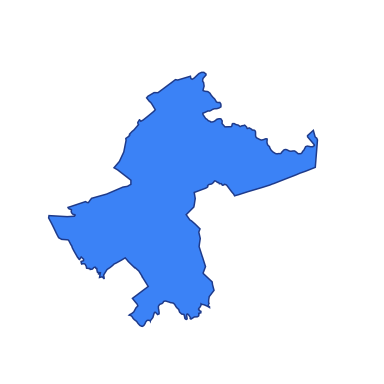 the district of San Juan Cacahuatepec, Oaxaca, Mexico, rotated 53°
{"feature_id": "50627088B64633222678632", "entity_name": "San Juan Cacahuatepec", "entity_type": "district", "adm_level": 2, "iso_a3": "MEX", "parent_name": "Mexico", "parent_adm1": "Oaxaca", "projection": "robinson", "projection_center": [-98.147, 16.655], "detail": "fine", "context": "isolated", "style": "filled", "palette": "blue", "viewbox_px": 384, "rotation_deg": 53, "n_neighbors": 0, "source": "geoboundaries", "source_scale": "gbopen_adm2", "svg_char_len": 6048}
<svg xmlns="http://www.w3.org/2000/svg" viewBox="0 0 384 384"><g transform="rotate(53 192 192)"><path d="M135.6,282.8L129.7,300.3L130.7,300.5L131.5,300.3L132.1,299.9L132.8,299.3L133.7,299.0L134.2,299.5L135.0,300.3L135.9,300.6L137.0,300.7L138.4,300.4L139.5,299.3L140.1,299.2L140.4,299.8L140.6,300.5L136.6,306.5L124.8,320.4L126.4,322.1L132.2,323.0L137.6,324.0L143.4,325.2L145.7,325.6L148.3,326.0L151.4,324.6L155.5,319.9L156.2,319.7L157.0,319.7L161.0,320.4L161.9,320.5L162.2,320.4L162.7,320.5L164.6,321.2L168.2,321.8L175.3,322.7L175.6,322.8L176.0,322.5L177.7,322.7L178.7,322.4L178.2,322.4L177.2,319.6L180.4,319.0L181.6,320.0L180.7,322.4L181.3,322.6L181.8,323.1L183.2,323.5L183.3,323.4L183.3,322.7L184.7,321.0L185.5,320.9L186.2,320.9L186.8,321.1L187.9,321.2L189.2,322.0L189.5,322.0L190.6,320.8L191.2,320.4L191.5,319.7L191.9,319.7L192.6,319.9L193.6,318.0L193.5,317.2L193.3,316.3L193.3,315.7L193.7,314.6L194.2,314.4L195.0,314.7L195.4,314.6L195.8,314.1L197.7,315.2L199.2,315.8L199.8,315.2L201.2,316.0L202.0,314.9L200.9,314.2L201.3,313.7L204.6,317.3L205.1,316.1L205.2,315.7L205.9,314.7L206.9,314.6L208.1,314.4L208.1,314.1L205.1,312.5L202.9,306.8L202.8,306.2L203.0,302.8L202.9,299.7L202.6,297.3L203.0,295.9L203.9,289.7L204.4,285.0L208.6,284.7L208.8,284.8L217.9,283.4L218.0,283.4L218.0,283.0L223.1,282.0L229.6,282.6L229.7,282.9L231.1,282.9L241.1,283.8L241.1,288.9L241.1,293.2L241.1,303.6L244.7,303.5L248.7,303.3L250.4,303.8L250.8,306.5L252.7,310.6L252.8,312.8L252.6,314.8L252.4,315.4L252.5,316.3L253.4,315.5L254.3,315.1L255.1,314.9L255.7,314.9L257.4,315.1L259.3,314.9L260.8,314.4L262.4,314.1L264.4,314.2L265.6,314.1L266.4,314.0L267.3,313.9L268.1,313.4L268.7,313.2L269.5,312.4L269.6,311.4L269.5,310.3L268.7,308.4L268.0,307.3L267.8,306.3L267.5,305.5L267.8,304.6L268.4,303.8L268.9,303.3L269.5,302.9L270.0,303.0L269.8,302.8L268.7,298.8L266.3,295.6L265.7,294.6L265.7,294.0L266.1,293.6L269.2,293.2L269.5,291.6L268.3,290.7L267.0,290.0L265.8,289.3L265.3,289.2L263.0,287.6L262.3,285.4L262.9,283.5L263.0,283.3L263.0,282.7L263.0,282.1L262.4,280.5L262.4,280.2L262.9,279.2L263.3,278.6L266.3,276.4L267.5,275.7L268.5,274.6L269.7,273.7L271.4,273.5L274.0,273.8L275.8,273.7L277.8,273.3L278.9,273.7L280.5,274.2L283.3,273.7L284.8,272.2L285.0,272.2L286.5,272.7L287.3,273.1L287.1,272.7L288.4,273.2L288.9,273.5L289.4,273.7L289.5,273.7L290.1,273.4L290.3,273.3L290.4,273.1L290.5,272.8L290.5,272.6L290.1,272.0L288.1,271.0L286.7,270.0L286.5,269.3L286.7,269.0L287.5,268.7L289.2,268.7L291.5,268.9L291.8,269.5L292.4,269.6L292.9,269.2L293.2,265.3L294.8,263.0L295.0,261.9L294.9,261.1L293.4,259.9L293.6,259.8L293.6,259.7L293.0,259.6L293.8,257.7L293.5,257.4L292.7,256.7L292.0,257.1L290.4,257.5L290.1,257.2L289.7,257.4L289.4,257.2L289.1,256.6L288.7,254.7L288.1,253.4L287.7,252.8L286.8,252.1L287.1,252.0L287.8,251.6L288.2,251.2L289.2,250.3L290.6,249.5L292.6,248.4L294.8,247.5L294.2,247.1L293.3,247.4L292.8,247.4L292.4,247.3L291.7,246.5L291.2,245.4L290.2,245.2L288.2,243.6L285.9,241.2L283.8,233.6L278.4,231.4L275.9,230.0L268.3,231.3L264.2,232.0L263.4,231.9L259.7,226.1L250.3,222.8L249.3,222.5L239.9,219.2L238.0,217.4L234.1,213.4L228.1,210.7L226.3,207.8L219.4,208.8L214.7,209.8L213.0,210.5L206.6,210.3L205.1,199.6L203.3,197.6L199.2,193.4L193.7,190.5L197.0,179.4L197.2,178.8L197.4,176.9L197.3,176.2L196.3,175.7L196.2,174.0L196.9,172.5L197.3,171.7L197.4,171.0L197.3,169.1L196.7,167.4L197.4,166.6L198.6,166.1L199.4,166.0L199.7,165.9L200.1,165.3L200.7,165.0L201.6,165.2L201.8,165.2L202.3,164.6L202.9,163.6L204.0,163.6L204.5,163.7L204.9,163.6L205.3,163.0L205.2,162.8L205.5,162.1L205.4,161.7L205.4,161.4L206.4,160.7L206.8,160.4L207.4,160.2L210.9,160.2L215.7,160.2L218.8,160.0L220.7,160.3L221.1,159.1L222.1,156.6L225.4,147.1L230.6,133.2L233.3,125.6L234.1,122.5L234.4,121.9L236.5,114.3L238.2,108.2L241.0,98.3L241.9,94.5L243.8,88.6L246.5,78.7L226.1,60.6L225.5,60.3L224.0,60.0L223.1,60.3L222.1,60.5L215.8,58.0L216.5,65.8L217.5,66.5L228.0,65.9L228.6,66.4L228.4,67.6L228.6,68.2L227.1,70.2L226.3,70.8L224.7,72.3L224.2,74.0L226.0,77.7L226.1,79.2L226.8,80.3L226.9,82.0L225.3,84.2L222.1,84.9L220.9,85.4L220.0,86.6L219.0,88.5L218.0,89.5L215.4,90.8L214.5,91.5L213.9,92.6L213.7,93.7L214.1,95.3L214.1,96.1L214.6,97.3L214.6,98.2L213.3,99.9L212.8,101.0L211.7,102.1L208.9,103.2L207.1,103.5L205.7,103.6L203.3,103.2L202.3,102.8L201.0,103.1L199.9,103.2L198.4,102.7L197.2,102.1L196.0,101.0L194.9,100.1L194.1,100.7L193.7,101.5L193.2,103.4L192.3,105.3L191.0,106.2L187.9,107.7L187.0,107.8L186.3,107.8L185.4,107.4L184.4,106.7L183.1,105.7L182.0,105.0L180.9,104.8L179.9,105.2L179.3,106.0L178.8,106.6L177.8,106.6L175.3,107.7L174.6,109.6L173.8,109.6L173.0,109.3L170.3,109.7L169.9,111.0L169.2,112.1L168.7,114.2L166.4,114.8L164.5,116.4L162.9,117.0L161.9,118.2L161.9,118.9L163.3,120.5L163.4,121.4L159.8,126.5L155.4,126.8L153.4,125.1L151.0,124.9L150.2,125.7L149.2,127.3L149.3,127.7L148.8,128.6L149.0,130.1L148.9,131.9L148.4,133.4L147.4,134.9L146.7,134.9L144.8,136.1L142.6,136.4L141.6,136.9L136.7,136.6L135.6,135.9L136.1,134.2L136.9,130.4L137.8,129.4L138.2,128.2L138.4,125.9L139.0,124.0L140.4,122.0L141.2,119.8L141.4,117.7L140.2,116.7L139.0,116.0L137.2,115.9L136.1,117.5L134.8,118.3L133.4,118.1L131.2,117.9L128.9,118.3L126.1,118.4L123.9,118.2L121.7,118.8L120.7,119.5L120.2,120.2L119.0,121.3L117.6,122.1L117.2,121.8L114.7,118.6L111.4,116.8L110.1,116.9L108.8,115.9L107.9,114.8L107.0,110.4L106.1,109.8L104.1,110.4L103.6,110.5L102.2,112.4L101.6,115.1L101.7,116.4L102.3,121.5L102.1,124.0L100.7,124.6L98.6,123.6L94.0,136.0L92.3,137.6L92.2,159.4L89.8,162.5L89.0,169.5L89.5,171.6L94.3,171.5L95.2,171.1L95.6,171.1L97.2,171.1L104.2,171.8L104.6,174.0L104.9,180.5L105.1,187.7L104.7,190.3L102.8,190.4L102.7,190.5L103.5,192.5L103.6,192.9L103.8,193.4L105.0,194.1L106.0,194.2L107.5,201.0L107.6,203.5L108.2,207.0L108.8,207.2L109.0,207.4L108.8,207.6L108.8,207.8L109.0,208.1L109.5,208.7L109.4,212.6L111.2,213.7L119.0,222.4L123.9,231.6L125.7,239.7L129.5,238.1L142.4,234.6L145.8,233.7L149.1,236.2L148.6,240.2L146.5,244.2L142.3,261.4L136.6,276.0L137.2,278.2L138.1,281.1L137.3,282.1L135.6,282.8Z" fill="#3b82f6" stroke="#1e3a8a" stroke-width="1.5"/></g></svg>